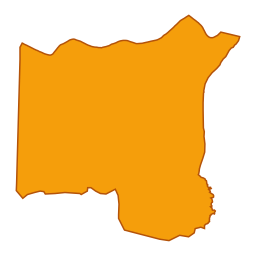 Fond D'Or, Dennery, Saint Lucia
{"feature_id": "8701671B83706236309505", "entity_name": "Fond D'Or", "entity_type": "district", "adm_level": 2, "iso_a3": "LCA", "parent_name": "Saint Lucia", "parent_adm1": "Dennery", "projection": "mercator", "projection_center": [-60.893, 13.924], "detail": "fine", "context": "isolated", "style": "filled", "palette": "amber", "viewbox_px": 256, "rotation_deg": 0, "n_neighbors": 0, "source": "geoboundaries", "source_scale": "gbopen_adm2", "svg_char_len": 3625}
<svg xmlns="http://www.w3.org/2000/svg" viewBox="0 0 256 256"><path d="M20.0,47.2L20.0,59.7L16.6,183.4L16.3,190.6L22.8,198.3L27.5,194.5L34.5,192.5L40.1,191.1L43.8,191.6L45.3,194.0L55.1,193.5L64.9,192.5L79.8,193.5L81.2,194.5L87.3,191.1L87.7,187.7L91.0,187.7L95.7,191.1L100.4,193.5L106.0,194.0L115.3,189.2L118.1,195.4L119.0,204.1L118.6,214.7L118.6,218.5L124.2,229.6L124.6,230.1L159.7,239.2L169.0,240.6L179.7,235.3L188.6,236.8L194.2,232.9L195.2,228.6L200.8,227.2L204.5,228.5L204.5,228.2L204.5,226.6L204.5,225.5L205.6,224.3L206.5,223.9L207.5,223.6L208.1,223.2L208.3,222.4L208.7,222.1L209.4,221.8L209.6,221.3L209.3,220.1L209.6,219.1L209.4,218.2L209.8,217.2L210.1,216.7L210.0,216.3L210.0,215.5L210.9,215.2L211.1,214.4L211.6,214.3L212.6,213.6L213.5,213.6L214.4,214.0L214.6,213.7L214.4,212.5L215.1,211.6L215.3,211.0L214.4,210.1L213.7,210.1L213.1,210.3L212.4,210.1L212.2,209.5L211.9,208.0L211.6,207.4L211.1,207.3L210.5,206.8L211.2,206.5L211.8,206.3L211.8,205.6L211.2,205.1L211.2,203.7L211.8,202.4L212.4,202.2L212.5,201.3L211.7,198.5L210.9,198.0L211.6,197.7L213.0,197.5L213.6,197.0L213.6,195.5L213.1,194.6L212.0,193.9L210.6,193.0L209.6,192.2L210.3,191.6L210.0,190.8L209.3,189.9L208.5,189.5L208.6,188.9L209.2,188.5L209.7,189.1L209.9,188.9L210.7,188.9L211.2,188.5L210.7,188.0L210.6,187.4L210.0,187.2L209.7,187.4L209.4,188.2L208.0,187.0L207.3,185.9L207.8,185.0L207.4,184.3L206.7,183.9L206.7,182.2L206.5,181.3L206.4,181.0L206.4,180.7L205.4,180.1L205.1,179.0L203.5,178.0L201.1,177.3L199.8,175.9L198.3,174.7L198.8,173.3L199.2,171.0L199.4,168.9L200.5,164.9L202.8,158.3L204.7,152.1L204.9,144.0L204.3,138.8L204.0,136.6L204.3,131.7L203.4,127.9L203.1,110.7L203.1,102.4L203.5,92.9L204.0,92.0L203.7,91.1L205.1,83.9L208.1,77.7L212.1,72.7L216.7,68.5L219.9,64.9L220.8,62.5L223.2,59.0L225.8,56.6L229.2,50.4L231.3,48.0L233.2,47.3L234.8,44.9L236.1,44.0L238.5,40.7L239.4,37.8L239.5,37.3L239.7,36.6L220.8,32.1L220.4,32.5L219.8,33.2L219.1,33.8L217.9,35.0L217.4,35.4L216.8,35.8L216.4,35.9L215.9,36.2L215.0,36.7L214.4,37.0L213.3,37.5L212.4,37.7L211.4,37.7L210.2,37.6L208.7,36.9L208.2,36.5L207.2,35.6L206.3,34.5L205.6,33.4L205.3,32.8L204.7,31.6L204.0,30.2L203.6,29.5L202.7,27.6L202.0,26.6L201.2,25.6L200.3,24.7L199.3,23.8L198.4,22.8L197.5,22.2L196.1,21.0L194.5,19.8L193.5,19.1L191.8,17.7L188.8,15.4L185.9,17.2L184.3,18.3L182.7,19.2L180.4,20.6L179.3,21.7L176.7,24.3L174.9,25.9L173.7,27.2L172.3,28.5L170.5,30.1L168.6,31.8L167.9,32.5L165.9,34.1L164.0,35.2L163.0,36.1L162.3,36.9L161.3,37.8L159.6,38.7L158.3,39.4L157.3,39.8L156.0,40.2L155.0,40.4L153.1,40.8L151.1,41.2L149.5,41.6L147.9,42.0L145.5,42.5L143.4,43.0L142.1,43.3L140.4,43.4L137.8,43.6L136.7,43.6L136.2,43.6L135.0,43.2L133.9,42.8L133.0,42.5L131.7,42.1L130.0,41.6L128.8,41.1L127.3,40.6L126.6,40.5L124.9,40.4L123.8,40.4L123.2,40.4L122.1,40.6L120.8,40.8L119.4,41.2L118.1,41.7L117.3,42.1L115.7,42.9L114.0,43.5L112.7,43.9L111.5,44.2L110.4,44.9L109.0,45.7L107.5,46.1L106.4,46.5L104.6,46.9L103.1,47.2L101.3,47.8L100.5,47.6L98.7,47.6L97.7,47.4L96.6,47.2L94.7,47.1L92.6,46.7L91.1,46.3L90.0,45.8L88.2,45.2L86.5,44.4L84.6,43.4L83.4,42.8L82.0,42.1L80.5,41.3L79.0,40.8L78.0,40.5L76.6,40.1L74.8,39.3L73.6,39.1L72.7,39.2L71.7,39.4L70.0,39.9L69.1,40.4L67.7,41.3L65.6,42.5L63.4,43.7L61.6,44.4L60.6,44.8L59.4,45.8L58.6,46.8L57.7,47.8L56.8,49.0L55.5,50.6L54.5,51.8L53.2,53.5L52.6,54.2L51.5,54.7L50.6,55.1L49.7,55.1L48.1,54.8L45.9,54.2L44.4,53.7L43.3,53.2L42.1,52.6L40.9,52.1L39.5,51.6L38.2,50.9L36.9,50.3L36.2,50.1L35.0,49.5L33.9,49.0L32.8,48.4L31.8,47.9L31.0,47.5L29.7,46.8L28.4,46.2L26.9,45.4L25.3,44.7L24.2,44.2L23.1,43.5L22.2,43.1L21.9,43.7L20.2,46.9L20.0,47.2Z" fill="#f59e0b" stroke="#b45309" stroke-width="1.5"/></svg>